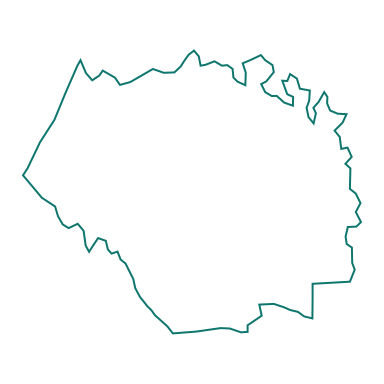 Mercedes, Paraná, Brazil (Equal Earth projection)
{"feature_id": "56859067B78993450300756", "entity_name": "Mercedes", "entity_type": "district", "adm_level": 2, "iso_a3": "BRA", "parent_name": "Brazil", "parent_adm1": "Paraná", "projection": "equal_earth", "projection_center": [-54.174, -24.435], "detail": "fine", "context": "isolated", "style": "outline", "palette": "teal", "viewbox_px": 384, "rotation_deg": 0, "n_neighbors": 0, "source": "geoboundaries", "source_scale": "gbopen_adm2", "svg_char_len": 1650}
<svg xmlns="http://www.w3.org/2000/svg" viewBox="0 0 384 384"><path d="M80.5,60.2L77.4,65.7L65.5,92.9L54.4,119.9L50.4,126.1L40.1,142.1L27.5,168.4L23.0,175.3L41.9,197.8L55.1,206.5L58.0,216.2L62.7,224.4L68.6,228.1L77.7,223.8L83.6,230.8L85.7,245.6L89.1,251.8L93.2,245.4L98.1,238.1L105.8,240.8L107.9,249.5L111.6,253.6L117.5,251.6L120.6,259.5L125.6,263.6L129.4,271.3L133.3,279.0L135.2,288.0L139.8,296.7L147.5,306.4L151.4,310.2L155.0,315.3L161.2,320.8L167.4,326.4L172.9,333.4L196.1,331.6L220.5,328.1L229.8,328.5L240.9,332.3L247.6,331.9L247.6,325.3L261.7,315.7L259.3,304.6L267.5,304.2L273.8,303.9L284.1,307.3L290.1,310.0L298.0,311.9L304.1,316.4L312.4,318.4L312.6,298.3L312.6,283.8L349.9,281.7L354.7,269.7L352.2,262.9L351.9,247.6L346.7,244.0L345.6,236.6L347.8,227.0L356.3,226.6L361.0,222.1L355.8,212.0L360.5,203.1L355.8,193.6L349.9,188.9L350.4,168.4L345.4,163.8L351.7,156.9L347.5,147.6L341.3,148.9L339.7,136.9L334.6,130.6L342.6,122.6L346.5,114.2L337.7,113.7L330.1,110.5L327.1,103.3L327.4,96.9L324.2,92.1L318.7,101.8L313.4,107.8L315.9,113.3L313.6,123.4L308.5,117.1L306.6,107.8L309.2,100.7L309.8,90.5L299.9,88.7L296.9,78.6L290.1,74.1L287.3,81.0L282.3,80.7L287.2,94.2L293.1,96.9L292.9,105.7L284.2,102.6L276.7,95.9L271.7,96.0L265.2,92.1L261.2,84.1L266.3,81.4L273.8,72.1L272.5,65.1L265.2,60.2L260.9,55.1L251.0,59.8L242.7,63.3L245.8,72.8L245.3,85.2L237.6,81.7L233.4,77.5L232.6,68.9L227.2,65.1L222.0,65.7L214.5,61.3L205.5,64.8L200.6,65.7L198.8,56.4L194.0,50.6L188.7,54.7L184.7,60.2L180.6,66.6L174.4,72.4L163.8,72.8L152.9,69.0L130.2,82.1L120.0,84.9L114.9,77.6L102.7,70.6L99.4,75.5L92.2,80.3L85.9,73.0L80.5,60.2Z" fill="none" stroke="#0f766e" stroke-width="2"/></svg>